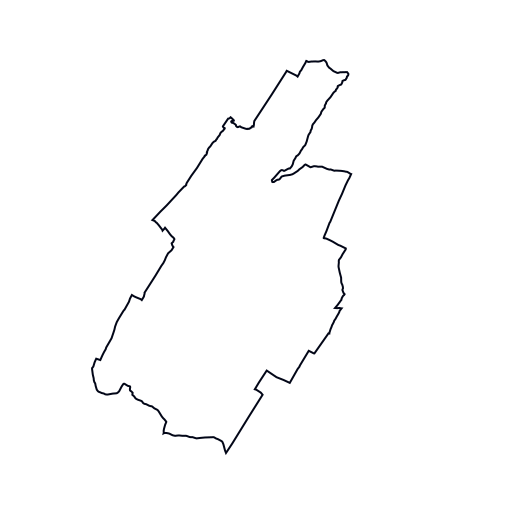 outline of Tanasoaia, Vrancea, Romania, rotated 126°
{"feature_id": "2599482B41706527449464", "entity_name": "Tanasoaia", "entity_type": "district", "adm_level": 2, "iso_a3": "ROU", "parent_name": "Romania", "parent_adm1": "Vrancea", "projection": "equal_earth", "projection_center": [27.348, 46.108], "detail": "fine", "context": "isolated", "style": "outline", "palette": "ink", "viewbox_px": 512, "rotation_deg": 126, "n_neighbors": 0, "source": "geoboundaries", "source_scale": "gbopen_adm2", "svg_char_len": 6085}
<svg xmlns="http://www.w3.org/2000/svg" viewBox="0 0 512 512"><g transform="rotate(126 256 256)"><path d="M443.1,322.7L443.9,322.1L448.0,318.2L450.3,315.5L451.8,314.2L453.0,312.7L453.6,311.2L455.4,309.3L457.7,306.3L458.0,305.4L458.3,304.3L458.3,303.6L458.0,302.3L457.8,301.8L457.6,300.4L456.7,298.3L456.5,296.6L455.9,295.5L455.2,294.5L451.5,291.0L449.3,288.4L448.7,287.9L447.7,287.5L445.9,287.2L440.6,288.0L437.8,288.1L437.3,288.0L436.9,287.7L436.7,287.3L436.4,283.4L435.6,281.5L435.6,281.2L436.0,280.7L437.8,279.8L438.7,279.0L438.9,278.2L438.8,277.5L439.1,275.5L439.3,275.3L440.3,274.9L441.0,274.4L441.1,272.7L441.3,271.7L441.9,270.1L442.0,269.0L441.7,267.1L440.9,264.5L440.6,263.3L440.7,262.4L441.1,261.6L441.3,260.7L441.2,259.4L440.5,257.9L440.2,256.3L440.0,254.7L439.5,253.2L439.0,252.3L438.8,251.7L439.0,248.7L438.5,245.6L438.5,245.0L438.6,244.4L439.0,243.2L441.2,237.9L441.8,235.7L442.0,234.1L442.8,231.2L443.1,231.0L446.0,230.3L450.0,228.8L451.8,227.9L453.1,226.8L453.8,226.5L453.2,226.2L452.5,225.4L451.8,224.4L450.8,222.2L450.5,221.0L450.2,218.9L449.9,217.7L449.0,215.7L447.4,214.0L446.4,212.8L444.7,209.8L442.6,207.0L442.2,205.9L441.5,203.4L440.8,202.1L439.9,201.0L439.0,198.2L438.5,196.9L435.8,194.0L432.9,190.7L427.8,184.2L427.5,183.8L427.3,183.1L427.1,180.9L426.6,179.4L426.1,175.9L426.0,174.9L426.1,174.1L426.4,173.5L427.5,171.7L431.5,166.8L433.0,164.5L421.6,165.0L389.8,167.4L364.4,169.1L363.7,171.8L364.0,177.1L364.5,178.6L356.6,179.3L342.4,180.0L342.0,168.2L340.1,160.8L338.8,154.1L322.9,155.9L319.9,155.8L319.1,156.1L316.9,156.3L301.7,157.6L300.8,152.0L300.5,151.5L276.0,151.9L275.6,151.1L274.9,151.5L271.3,152.7L269.4,153.1L267.1,153.8L265.9,153.9L263.5,154.3L262.3,154.7L260.2,154.7L257.3,155.1L255.0,155.3L252.7,155.6L251.2,156.1L248.1,156.0L248.7,157.0L248.8,157.7L250.5,159.7L251.6,161.5L247.7,161.2L241.9,161.2L241.5,161.1L239.8,161.8L237.8,162.1L236.8,162.1L235.7,161.8L234.8,161.9L234.5,163.3L233.8,164.5L232.7,166.1L232.1,166.4L231.4,166.5L230.9,166.7L229.8,167.7L228.4,169.5L228.0,170.4L227.3,171.4L226.4,172.2L223.5,174.4L220.2,178.5L216.6,182.5L215.7,183.3L212.5,185.2L211.4,186.1L210.4,186.6L207.0,186.5L203.8,187.0L198.3,187.3L198.0,187.3L197.1,187.8L198.1,193.8L198.7,195.9L199.3,202.4L199.8,205.5L200.5,209.0L201.0,210.4L201.3,210.7L201.7,211.7L201.5,211.9L199.1,212.6L194.6,213.6L185.9,216.0L184.8,216.0L162.5,221.5L155.3,222.9L146.3,225.1L140.6,226.1L138.1,226.3L133.8,227.2L134.0,227.9L134.2,230.8L134.4,231.9L135.0,232.9L135.6,234.4L137.1,237.2L139.4,240.8L140.3,242.1L140.8,242.5L141.1,243.1L142.1,246.5L142.5,246.9L143.0,247.6L143.8,249.7L144.9,255.1L147.3,258.3L147.8,259.5L148.9,261.4L149.4,262.0L152.1,264.0L152.2,264.3L152.7,268.9L152.8,269.5L152.9,269.8L153.8,270.2L156.7,270.6L160.5,271.9L161.4,272.0L162.8,272.3L166.2,273.6L167.0,273.9L168.5,274.6L170.4,276.1L174.1,280.0L176.4,281.8L176.7,281.9L177.2,282.0L179.4,282.0L180.3,282.2L181.0,282.6L181.5,283.3L182.6,284.0L185.6,285.0L186.4,286.0L186.5,286.3L185.6,287.5L185.2,287.8L182.0,287.3L173.2,286.5L171.7,286.0L171.3,285.6L170.9,284.7L170.7,283.4L170.2,283.0L166.8,281.4L165.7,280.7L165.3,280.0L162.7,279.8L161.7,279.9L160.1,280.2L156.8,281.5L153.6,281.7L152.1,282.0L151.4,282.0L150.1,281.4L147.7,281.1L146.7,281.2L144.2,281.6L142.9,281.5L140.1,281.8L137.8,281.4L137.1,281.4L133.6,282.3L128.4,284.3L126.9,284.7L123.7,284.8L122.3,285.5L120.4,285.7L118.7,286.4L117.7,287.0L116.1,287.4L113.6,287.2L110.8,287.3L107.3,287.0L103.3,287.1L102.7,287.2L101.2,287.8L100.4,287.9L97.3,287.9L95.9,287.6L95.1,287.9L94.0,288.7L92.6,289.0L91.5,289.0L90.6,289.5L90.1,289.6L88.2,289.6L83.7,289.1L78.5,289.3L76.7,289.0L75.6,288.6L74.3,289.1L73.0,288.9L71.6,289.0L71.0,289.5L70.4,289.7L68.6,288.8L67.2,287.9L66.0,288.0L64.8,288.3L63.6,288.9L62.9,288.6L61.8,287.9L61.2,287.3L60.4,287.1L59.6,287.3L58.5,287.3L57.3,287.9L55.9,287.6L55.0,287.9L54.3,288.4L53.7,290.4L57.9,295.9L59.7,297.3L60.1,297.9L60.9,301.9L60.9,302.6L60.6,306.2L60.7,307.2L60.5,308.1L59.9,310.2L58.4,312.2L58.0,312.9L57.6,314.2L57.4,315.5L57.4,316.0L57.6,316.3L58.5,317.1L59.6,317.7L60.7,318.5L62.2,320.0L63.8,322.5L66.3,325.7L68.0,327.4L68.4,328.3L68.5,329.8L68.6,330.0L70.9,329.5L75.6,329.1L79.1,328.6L81.1,328.8L82.8,328.2L86.4,327.8L86.3,329.0L86.4,330.0L88.1,340.0L89.7,339.8L116.0,338.2L147.8,336.7L149.2,336.0L151.1,334.8L152.7,334.1L153.0,335.2L153.4,335.4L153.7,335.5L154.1,335.1L154.5,335.1L155.1,335.4L155.6,335.8L156.4,335.9L157.4,336.5L157.7,337.3L158.0,337.4L158.5,337.8L159.2,339.4L160.5,343.6L160.5,345.1L160.9,345.5L162.0,346.1L162.6,346.7L162.7,347.1L162.7,347.6L162.5,348.6L162.2,348.9L161.8,349.3L161.7,350.1L161.7,352.3L161.9,353.0L162.3,353.7L162.3,354.3L161.9,355.0L161.4,355.1L161.0,354.9L160.3,354.0L159.5,353.5L159.2,353.9L158.8,356.6L158.7,358.1L159.6,358.2L160.1,358.4L161.1,359.0L161.3,359.3L170.4,359.0L170.7,358.9L171.0,358.2L171.2,357.5L170.9,356.6L171.0,356.4L171.6,356.2L174.7,356.4L175.2,356.7L176.7,357.0L177.7,357.0L179.5,356.5L182.8,356.7L184.1,356.4L185.0,356.6L186.6,356.4L188.4,357.3L190.2,357.6L194.4,357.4L195.2,357.6L196.0,357.7L198.0,357.6L198.5,357.3L200.9,356.8L201.1,356.7L201.2,356.3L203.3,355.7L204.9,356.4L205.2,356.1L208.7,356.3L219.5,355.5L229.0,355.5L237.5,355.0L239.1,354.6L239.5,354.2L239.9,354.2L241.4,354.5L242.1,355.0L250.1,356.1L253.3,356.3L267.6,358.0L276.2,359.4L287.8,360.9L287.3,358.8L287.2,357.9L287.6,357.0L287.5,355.9L288.2,352.9L289.9,347.2L290.4,346.5L288.0,346.2L286.6,346.2L287.7,342.0L288.9,338.5L289.4,336.5L289.6,335.3L289.6,334.4L289.9,332.7L290.2,332.1L290.6,331.8L291.9,331.7L293.1,331.3L295.3,331.7L296.5,330.1L297.2,328.6L297.3,328.0L301.0,327.7L305.5,328.7L309.9,328.1L313.0,327.3L316.3,326.8L319.3,326.8L331.1,325.8L351.2,324.6L351.9,324.0L353.6,323.4L354.3,323.0L355.2,322.8L358.8,322.5L358.7,323.7L358.8,324.3L359.9,328.8L360.3,330.9L360.5,333.5L364.6,332.9L367.6,331.9L376.8,330.8L377.6,331.0L379.5,330.9L387.1,330.3L391.3,329.8L395.9,328.5L398.7,327.3L401.7,326.3L407.5,324.5L418.1,323.4L419.8,322.8L422.9,322.5L426.0,322.0L428.0,321.6L431.7,320.8L433.0,324.9L436.8,324.1L441.1,322.6L443.1,322.7Z" fill="none" stroke="#020617" stroke-width="2"/></g></svg>